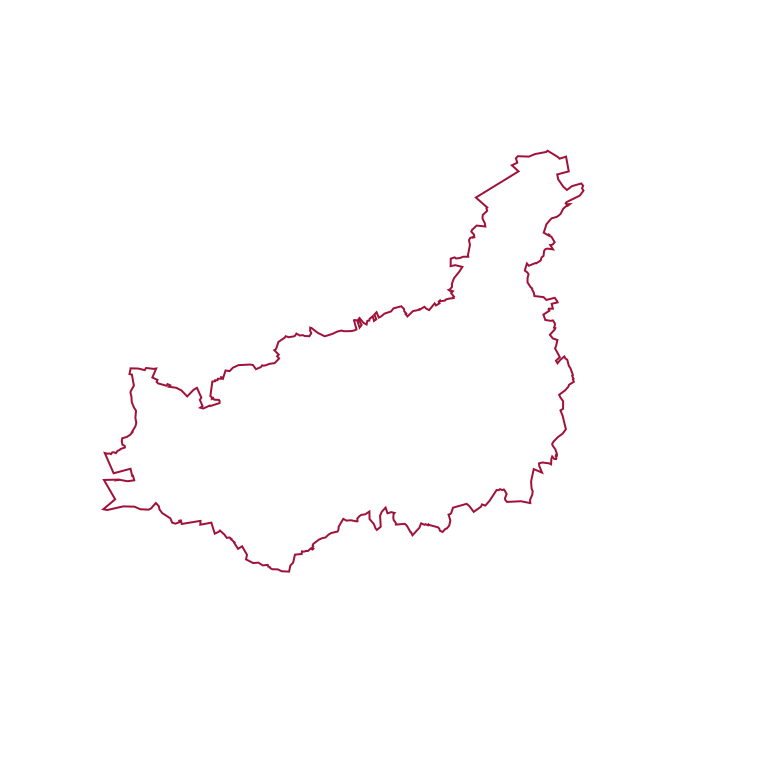 Chinú, Córdoba, Colombia, rotated 136°
{"feature_id": "7082276B5619967708975", "entity_name": "Chinú", "entity_type": "district", "adm_level": 2, "iso_a3": "COL", "parent_name": "Colombia", "parent_adm1": "Córdoba", "projection": "albers", "projection_center": [-75.355, 9.022], "detail": "fine", "context": "isolated", "style": "outline", "palette": "rose", "viewbox_px": 768, "rotation_deg": 136, "n_neighbors": 0, "source": "geoboundaries", "source_scale": "gbopen_adm2", "svg_char_len": 6165}
<svg xmlns="http://www.w3.org/2000/svg" viewBox="0 0 768 768"><g transform="rotate(136 384 384)"><path d="M582.6,315.0L577.4,318.5L573.5,318.6L566.6,323.1L561.3,318.9L559.3,320.6L558.1,319.0L556.0,318.0L554.8,316.7L551.1,316.6L550.3,314.5L549.2,314.5L549.3,316.2L547.7,316.4L547.6,317.3L546.0,318.1L539.1,317.3L535.7,316.1L532.6,314.2L528.8,314.2L525.5,313.5L519.9,310.1L518.0,310.8L515.8,312.8L507.0,315.3L505.9,311.8L502.5,309.0L498.9,303.9L498.4,303.7L496.6,305.8L493.1,306.0L491.1,305.5L488.0,303.3L483.1,302.4L488.2,296.9L488.6,290.2L490.4,285.9L490.5,284.0L485.5,283.6L478.3,292.0L474.4,293.6L468.7,294.0L471.3,288.6L467.7,286.7L466.0,283.9L467.4,283.8L470.1,281.5L471.5,279.5L472.0,276.0L473.1,274.6L466.1,268.9L466.0,266.1L467.9,258.8L467.5,258.4L468.6,255.4L458.5,256.0L454.1,258.0L452.6,254.5L451.6,254.4L450.5,251.8L449.5,252.2L449.4,251.2L444.7,243.4L444.7,241.6L445.7,239.6L444.6,236.9L440.5,237.1L439.0,236.4L435.3,236.9L431.0,239.8L428.3,245.2L426.4,244.3L425.3,244.5L420.3,247.1L407.8,240.4L407.4,237.0L408.3,229.7L399.6,228.4L397.1,229.3L395.6,226.2L389.5,226.6L376.7,229.5L375.2,227.9L373.6,227.8L372.6,225.5L371.1,224.9L371.2,223.4L372.2,219.7L376.5,217.7L377.3,216.3L377.5,213.8L366.9,204.5L361.5,196.7L359.3,199.3L354.4,201.3L351.6,203.5L350.4,206.4L345.8,211.8L335.4,218.8L331.9,210.5L329.2,217.3L327.6,219.2L324.7,217.6L320.4,212.3L319.6,210.2L315.6,213.9L313.4,215.0L313.6,211.9L311.8,209.8L312.1,210.5L310.2,212.4L310.5,212.9L309.7,213.4L309.2,212.5L308.3,213.4L306.1,218.1L305.5,222.6L304.6,224.1L302.0,224.8L295.9,225.0L290.0,224.2L284.6,225.1L277.6,237.0L275.4,242.4L272.4,241.8L267.1,247.2L266.5,251.7L265.5,254.6L258.1,253.6L253.3,254.0L251.3,254.9L245.9,253.7L244.8,256.3L244.0,256.1L243.0,259.2L241.9,259.2L239.0,265.7L238.4,268.7L235.3,274.2L235.8,276.4L235.1,278.5L240.1,278.9L244.8,278.4L244.1,281.3L238.9,281.2L236.2,290.8L233.8,291.8L228.7,295.2L230.9,299.5L230.5,304.2L223.2,304.6L221.9,305.2L222.6,306.4L220.1,307.6L219.0,309.0L218.3,312.4L220.1,313.5L223.5,318.0L221.1,323.2L214.1,321.8L213.9,323.2L213.1,323.7L210.2,320.9L207.7,325.2L202.4,322.1L201.9,323.4L201.3,327.4L208.8,331.7L208.9,335.7L214.7,342.8L212.9,345.4L211.7,349.3L211.0,349.8L211.3,351.7L210.2,357.4L206.9,360.7L203.8,362.5L203.4,364.6L203.9,367.8L197.5,371.4L197.6,368.4L191.2,365.9L190.8,365.1L185.5,364.0L182.8,365.6L180.3,365.3L176.4,368.5L174.4,368.9L172.5,368.0L168.9,363.4L167.9,368.5L166.0,367.2L162.8,367.4L162.4,368.9L161.3,373.6L162.2,376.0L161.4,376.3L161.6,377.1L162.5,376.8L164.0,381.9L156.1,386.1L148.5,386.8L143.6,384.2L141.2,383.8L138.7,383.7L133.3,385.6L129.2,385.3L128.3,384.6L125.4,384.3L127.8,386.5L127.8,387.8L126.2,388.0L112.3,383.5L106.2,384.5L105.6,387.2L103.1,388.2L102.8,391.2L111.2,395.7L117.6,396.5L118.0,401.4L116.5,410.3L113.8,414.4L103.4,408.6L95.1,421.1L101.2,424.1L101.2,426.4L104.3,438.2L106.1,438.2L115.5,444.4L121.9,447.0L129.5,454.9L132.3,454.7L134.4,450.6L140.1,452.5L139.5,443.5L188.4,454.3L187.1,439.3L188.2,439.3L189.5,436.9L195.4,437.0L196.7,436.0L198.2,434.6L199.8,429.6L201.7,426.9L207.3,433.6L213.8,433.7L215.4,432.9L215.5,429.0L217.1,426.8L218.3,427.5L218.0,428.0L220.5,429.2L222.9,428.5L225.5,424.4L234.2,418.3L235.0,417.0L238.7,420.6L241.9,421.9L245.0,424.3L245.2,426.0L248.9,427.8L254.2,422.5L250.2,420.0L246.3,413.8L251.8,412.5L260.2,411.5L265.4,409.0L267.7,406.6L270.6,406.2L272.1,406.8L271.5,403.8L270.6,403.9L270.0,402.9L272.6,402.7L273.0,398.2L274.0,398.3L274.3,397.5L278.3,400.5L281.1,401.9L282.3,401.7L285.8,404.3L285.6,405.2L287.5,405.2L288.0,403.5L292.0,404.4L291.6,406.8L300.2,405.8L301.2,408.8L301.3,411.5L306.5,412.6L306.4,413.2L307.9,413.4L312.5,416.3L320.2,416.3L319.9,419.4L319.0,419.3L318.9,422.3L317.5,423.9L317.6,427.9L324.6,431.8L328.5,431.3L334.8,434.3L339.0,434.6L341.6,435.4L339.5,440.8L342.6,440.7L344.6,435.9L347.4,436.3L345.0,440.6L349.1,440.9L350.5,439.8L352.1,441.0L355.2,438.9L356.3,442.2L355.8,448.5L357.4,448.3L359.1,442.0L362.4,441.5L359.1,448.4L360.9,450.6L361.3,450.7L365.9,442.3L368.6,443.4L371.2,445.1L376.1,449.8L377.6,452.1L381.3,454.2L386.4,455.9L393.5,459.5L396.1,466.8L397.3,474.7L397.9,475.8L400.0,473.8L401.0,471.1L404.5,470.2L407.7,473.6L408.4,475.5L410.9,477.4L412.0,481.1L414.4,480.5L415.6,480.8L420.0,483.8L421.6,486.7L423.0,486.3L430.7,487.6L436.4,484.6L438.2,484.1L439.4,484.5L439.4,478.2L441.6,478.2L441.7,475.2L448.2,475.0L452.3,478.0L456.1,479.6L458.1,481.0L458.7,482.1L460.9,481.7L465.8,483.6L465.1,488.6L465.4,489.2L466.9,491.1L475.5,498.6L481.4,500.7L486.1,500.5L488.6,503.8L496.3,499.6L496.6,500.2L495.7,501.1L496.4,502.0L497.3,500.8L499.9,503.2L501.2,502.4L502.9,504.0L503.6,503.4L505.8,505.0L517.3,495.9L517.1,493.8L517.8,493.3L517.0,492.9L517.7,492.5L516.8,492.1L517.0,490.6L513.8,487.2L514.1,485.9L515.5,484.5L524.4,488.9L524.3,489.5L531.0,491.9L532.6,494.6L529.8,494.2L527.5,500.5L524.9,501.0L521.2,511.2L525.0,512.1L534.2,511.8L534.2,520.3L536.1,525.6L540.6,531.4L538.7,531.6L539.8,534.3L541.6,533.7L546.1,541.4L546.1,543.5L544.1,544.3L546.1,549.6L537.1,553.4L539.3,555.0L544.0,560.8L546.5,560.2L550.0,565.8L555.4,571.3L560.2,567.9L558.8,565.9L565.1,556.5L571.3,554.7L572.5,553.8L574.3,550.6L578.0,546.2L580.1,541.1L581.0,537.0L586.4,532.3L589.2,528.1L592.1,526.3L598.7,524.5L598.5,524.1L601.8,523.8L605.9,524.6L609.9,526.8L612.3,525.1L614.3,522.1L613.5,519.6L614.5,518.3L618.8,520.3L620.2,520.2L622.1,521.0L624.9,520.5L625.7,522.5L627.0,523.6L629.1,523.2L629.7,524.7L631.4,526.0L632.8,528.3L640.5,507.6L625.2,499.1L629.0,492.8L628.3,492.3L630.6,488.2L636.1,492.3L640.6,498.6L643.1,500.5L642.3,500.5L652.1,509.5L657.5,487.8L672.9,488.9L670.6,485.6L656.6,477.1L648.7,469.1L646.3,463.2L640.7,457.2L637.9,456.3L630.8,456.9L630.9,452.5L632.7,449.6L633.2,445.3L631.0,435.7L632.7,431.4L631.0,428.4L627.1,426.7L626.3,427.9L624.9,427.0L626.7,423.8L611.6,413.4L611.1,413.0L613.9,410.4L604.5,404.2L609.7,393.9L605.5,392.5L603.8,392.6L603.4,386.6L604.0,382.6L601.7,380.9L601.4,378.6L601.9,378.6L601.5,373.9L602.1,373.9L603.5,366.8L598.8,365.8L601.2,356.3L605.1,353.7L602.5,346.1L598.5,342.8L597.2,337.7L593.3,334.7L594.1,333.0L593.3,331.9L593.7,330.5L593.0,328.3L589.2,324.5L587.7,320.4L582.6,315.0Z" fill="none" stroke="#9f1239" stroke-width="2"/></g></svg>